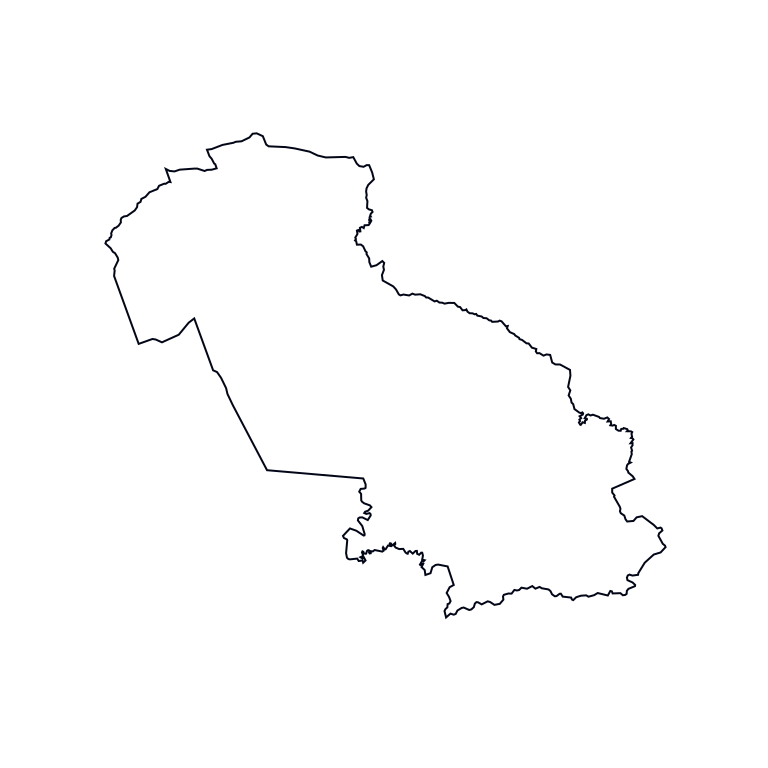 Cascales, Sucumbios, Ecuador (Mercator projection), rotated 160°
{"feature_id": "8360857B63398910527025", "entity_name": "Cascales", "entity_type": "district", "adm_level": 2, "iso_a3": "ECU", "parent_name": "Ecuador", "parent_adm1": "Sucumbios", "projection": "mercator", "projection_center": [-77.299, 0.15], "detail": "fine", "context": "isolated", "style": "outline", "palette": "ink", "viewbox_px": 768, "rotation_deg": 160, "n_neighbors": 0, "source": "geoboundaries", "source_scale": "gbopen_adm2", "svg_char_len": 6166}
<svg xmlns="http://www.w3.org/2000/svg" viewBox="0 0 768 768"><g transform="rotate(160 384 384)"><path d="M405.5,143.4L400.1,145.5L397.4,143.4L395.3,143.4L392.5,146.0L387.7,147.0L385.6,146.7L381.2,142.5L379.0,142.3L375.9,143.6L373.7,146.6L371.7,147.4L370.3,146.7L367.6,143.5L360.9,144.3L358.8,142.8L355.8,138.7L350.4,137.8L345.6,140.5L344.8,143.7L343.5,144.9L338.9,144.6L335.8,143.4L331.9,145.9L329.7,144.5L327.5,144.2L324.5,145.6L319.6,142.7L313.8,143.4L311.7,139.9L307.2,140.1L305.6,138.1L299.7,134.7L298.4,132.5L298.0,128.9L296.1,126.1L294.4,125.7L290.7,126.8L289.5,126.4L288.8,123.1L281.2,119.3L281.1,117.2L280.1,116.2L276.3,117.9L271.3,117.7L266.2,116.2L264.6,114.2L258.8,113.7L254.7,114.5L246.0,108.7L242.1,112.1L240.8,111.2L240.8,109.0L233.4,106.6L231.8,103.8L229.5,103.3L227.8,103.8L226.5,106.6L224.4,107.9L217.3,108.2L216.7,109.3L218.3,112.5L222.3,116.4L222.0,118.9L220.4,120.7L218.5,120.9L216.0,119.0L210.5,117.8L209.7,119.3L200.1,126.9L188.8,131.5L181.7,131.1L175.2,134.4L175.2,136.0L176.7,138.5L178.1,147.5L176.5,149.6L172.5,151.1L172.5,153.4L173.3,154.5L176.6,154.8L178.7,159.3L186.6,171.5L192.2,172.3L196.4,170.0L202.5,171.6L203.3,174.2L203.2,178.2L205.7,181.6L205.8,183.7L204.5,185.9L204.4,187.9L206.4,199.4L205.5,200.4L206.7,203.9L205.4,207.6L181.1,209.1L181.8,212.1L184.7,217.2L184.5,218.6L185.3,221.3L183.4,224.5L182.0,225.4L179.0,225.8L180.3,227.1L175.2,233.3L174.6,235.9L173.7,236.4L173.5,239.9L171.4,241.4L170.7,243.4L172.6,244.0L168.6,246.6L169.1,248.0L170.4,248.8L168.9,249.7L168.5,252.5L167.2,253.9L168.2,255.1L171.8,256.5L170.7,257.1L170.9,258.4L173.8,260.6L174.4,260.1L176.4,260.6L177.6,259.1L179.7,260.0L181.5,262.4L180.4,265.4L181.7,266.8L183.4,266.7L185.4,267.8L184.2,268.8L183.7,271.4L186.7,272.3L184.5,274.1L185.6,276.2L189.1,276.1L192.7,278.1L193.2,279.5L198.2,283.7L200.7,283.8L202.4,285.6L204.4,285.5L207.1,283.2L205.3,282.0L205.5,281.2L207.6,280.8L208.6,278.7L210.4,280.1L213.1,278.3L213.6,278.8L214.0,281.2L212.4,282.1L212.6,283.7L210.4,284.5L211.2,286.8L207.6,287.3L206.9,288.4L207.4,289.5L208.8,289.2L210.3,290.4L213.6,295.3L213.1,300.4L214.1,302.4L213.5,306.2L214.4,310.1L211.1,314.3L212.0,318.3L206.0,328.0L204.4,333.6L211.9,342.1L216.3,343.8L218.6,346.7L217.9,354.5L221.2,356.2L224.4,356.1L227.3,359.8L229.6,360.5L230.2,362.7L228.9,364.8L232.6,367.6L234.2,372.6L236.2,373.5L239.2,378.2L241.3,379.8L241.3,381.2L244.1,384.7L244.5,386.3L248.0,389.7L249.4,394.3L247.9,396.2L249.7,396.5L252.1,402.7L253.7,404.0L255.4,403.7L261.1,405.4L261.7,407.0L263.3,407.8L265.1,410.7L268.0,412.0L269.2,414.1L272.9,416.3L273.4,418.3L275.0,418.5L276.6,420.1L279.3,421.2L280.8,423.4L281.1,425.9L282.2,425.6L285.0,426.4L286.2,430.3L288.1,431.4L290.2,436.1L295.4,438.1L299.6,438.8L301.5,440.5L304.1,441.6L305.9,444.2L308.2,444.3L312.9,450.1L314.8,450.9L315.6,452.7L319.2,455.9L324.2,457.3L326.4,459.2L330.1,458.6L335.1,461.4L338.3,461.7L339.4,463.1L340.4,468.8L341.9,472.5L349.8,481.7L348.7,487.0L345.0,491.3L344.5,494.6L342.4,497.7L343.5,500.1L350.4,498.2L355.9,498.6L356.1,503.5L355.0,507.1L356.0,512.1L355.2,513.6L356.0,515.1L356.5,520.5L358.0,522.9L361.8,524.2L361.3,527.8L362.1,528.8L360.8,529.8L360.9,531.4L357.6,534.1L357.0,537.4L355.5,537.5L355.0,535.7L354.0,535.5L353.2,539.0L351.1,539.2L349.7,537.5L348.0,539.8L344.1,538.6L342.6,539.6L342.6,540.4L341.9,540.2L340.1,541.7L340.2,542.4L340.9,541.7L342.0,542.5L341.8,543.3L340.9,543.4L340.9,544.9L340.0,546.2L339.2,546.0L339.4,546.9L338.1,548.6L335.9,549.6L335.9,551.4L338.5,553.3L339.7,555.3L337.0,561.6L337.1,565.1L335.6,567.5L335.0,570.9L333.5,573.8L330.7,576.5L323.5,579.8L322.8,586.8L323.1,594.7L325.4,595.6L328.9,595.1L332.6,597.2L334.2,600.4L335.3,607.7L339.3,608.4L342.6,610.6L361.2,616.8L368.2,621.4L374.5,627.8L387.3,635.9L395.5,640.3L411.1,646.8L412.8,649.3L413.1,658.3L417.9,663.1L421.9,664.1L426.1,661.7L434.9,660.8L440.4,662.3L443.1,662.2L454.0,663.9L465.7,663.7L470.2,664.7L470.1,657.8L468.9,654.6L468.2,649.3L467.4,648.2L467.5,643.9L472.6,644.3L477.0,645.7L479.7,645.5L485.8,650.3L488.3,651.2L502.7,655.3L508.1,655.4L512.5,657.5L515.5,660.7L515.6,646.8L517.1,647.6L520.7,646.8L522.0,647.4L527.6,647.2L530.3,644.7L538.8,644.4L544.1,641.5L548.7,640.9L550.5,638.4L553.9,637.8L555.6,634.6L558.9,632.3L568.0,629.8L571.1,630.4L573.9,629.8L575.2,628.4L576.0,625.8L579.3,623.5L582.6,622.5L583.7,622.8L586.7,621.3L588.9,618.8L589.1,617.2L590.5,615.3L591.8,615.2L592.7,613.7L596.3,613.2L597.7,611.3L594.4,605.0L593.6,601.0L592.0,598.9L591.0,593.9L591.3,591.3L598.1,584.6L598.3,582.7L600.7,577.8L600.8,505.6L586.2,505.5L583.3,503.9L578.4,499.1L560.0,500.5L546.6,508.4L539.9,510.5L539.9,455.3L536.8,452.3L535.0,445.5L533.8,434.1L534.5,428.2L533.3,415.7L523.4,343.0L435.8,302.3L435.6,296.0L436.6,293.2L437.1,292.5L438.4,292.5L441.8,293.4L444.1,291.3L443.1,288.6L445.2,282.4L444.9,280.9L443.5,278.7L438.8,274.8L437.9,272.6L442.2,270.4L445.5,270.4L446.7,269.5L445.1,268.0L441.7,267.6L441.1,266.3L441.5,265.0L445.8,261.7L450.0,266.1L452.6,266.9L454.2,266.5L455.2,264.7L453.0,258.0L453.5,249.6L454.1,248.5L455.0,248.6L460.2,255.6L465.4,259.9L474.5,255.3L474.3,253.0L472.0,250.6L472.0,249.7L477.5,238.0L478.2,233.5L477.4,231.8L476.1,230.9L468.9,229.1L468.3,226.3L464.5,225.5L464.7,223.2L461.7,224.5L462.2,227.9L463.9,227.4L465.4,229.3L462.9,229.5L462.2,230.3L462.3,233.3L461.5,234.1L460.8,233.4L460.9,232.0L459.7,230.9L458.8,230.7L457.0,233.0L455.7,233.3L454.7,232.4L455.7,230.7L455.4,229.7L454.4,229.5L453.4,231.3L451.8,230.5L449.6,231.2L442.9,227.1L441.4,227.5L441.3,230.3L440.6,231.0L439.8,228.3L439.1,228.1L435.5,230.8L433.6,229.7L433.5,231.7L432.8,232.3L432.0,231.7L431.9,229.4L427.9,230.8L428.1,229.8L429.8,228.8L429.0,226.3L426.2,223.7L422.3,222.5L421.4,218.3L420.5,216.9L419.8,216.4L418.4,218.1L416.8,218.2L415.0,214.8L411.5,216.3L410.2,215.9L410.9,213.1L409.4,211.5L406.7,212.8L405.8,212.4L406.1,209.4L408.2,205.9L406.1,204.5L407.7,203.7L408.7,204.7L412.0,202.0L411.8,201.5L409.9,202.1L408.7,201.6L411.3,199.1L409.4,195.3L410.4,190.4L405.0,190.3L401.3,195.3L397.4,196.3L394.9,195.8L386.6,190.8L387.2,171.3L391.8,170.6L396.6,166.2L395.7,161.6L395.7,157.2L397.7,155.4L399.5,155.4L400.9,152.4L403.2,151.5L404.8,149.9L405.5,143.4Z" fill="none" stroke="#020617" stroke-width="2"/></g></svg>